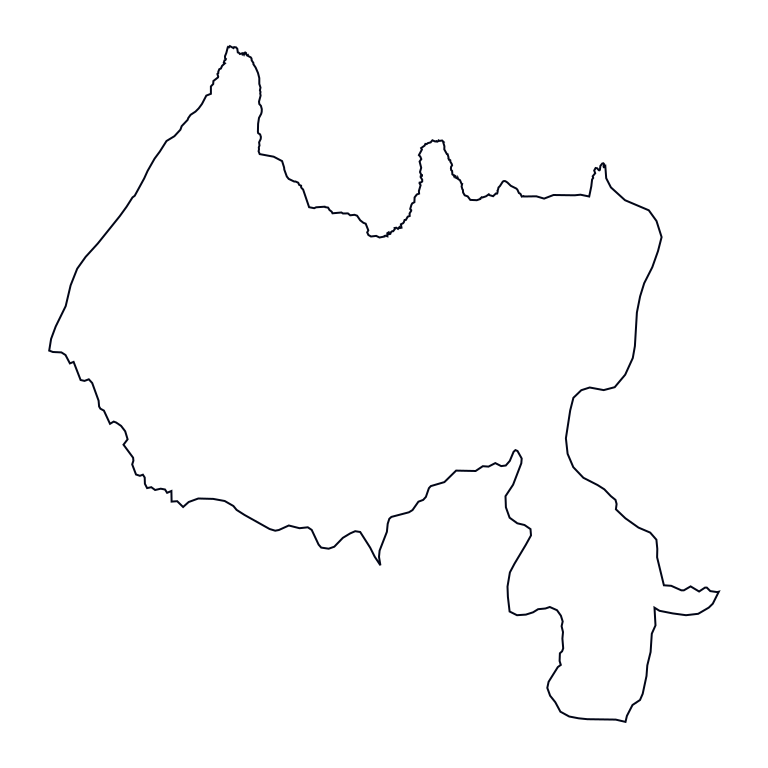 outline of Kasangulu, Bas-Congo, Democratic Republic of the Congo
{"feature_id": "63176286B98008703469616", "entity_name": "Kasangulu", "entity_type": "district", "adm_level": 2, "iso_a3": "COD", "parent_name": "Democratic Republic of the Congo", "parent_adm1": "Bas-Congo", "projection": "equal_earth", "projection_center": [15.357, -4.804], "detail": "fine", "context": "isolated", "style": "outline", "palette": "ink", "viewbox_px": 768, "rotation_deg": 0, "n_neighbors": 0, "source": "geoboundaries", "source_scale": "gbopen_adm2", "svg_char_len": 6051}
<svg xmlns="http://www.w3.org/2000/svg" viewBox="0 0 768 768"><path d="M718.8,591.7L717.2,592.1L710.3,591.1L706.8,587.6L705.0,587.6L699.1,591.5L690.6,586.4L683.9,590.3L681.3,590.3L671.2,585.8L663.9,585.3L657.1,557.3L657.3,548.9L656.4,539.7L650.2,532.6L638.5,527.6L625.4,518.3L615.9,509.3L616.6,504.0L615.5,499.9L610.8,496.1L604.3,489.3L597.5,485.0L583.4,477.8L573.3,467.2L567.6,453.8L565.9,438.3L570.2,410.4L573.4,397.8L581.3,390.2L589.7,387.5L603.7,390.1L614.7,387.2L625.2,374.7L632.8,358.0L634.9,346.1L636.9,312.5L640.1,296.4L644.2,283.2L652.3,267.2L658.0,251.1L661.6,237.1L656.5,221.0L648.8,210.3L625.0,200.2L610.9,187.4L606.2,178.2L605.3,165.9L604.5,166.3L604.3,167.2L603.8,167.2L603.5,166.1L604.2,164.3L603.4,163.3L602.3,163.5L600.4,165.9L599.9,169.8L599.5,170.3L598.8,170.2L597.2,168.3L595.6,168.0L594.2,170.5L595.2,173.2L592.7,176.3L593.2,177.9L592.1,179.5L591.3,186.3L589.2,196.5L580.5,194.7L574.6,195.3L553.5,195.0L544.1,198.6L536.3,196.3L523.9,196.5L523.6,196.1L521.8,196.6L520.4,193.8L518.9,193.0L517.4,189.7L516.4,188.6L510.8,185.8L507.4,182.5L505.4,181.2L504.0,181.0L502.8,181.6L499.9,186.1L498.5,187.5L498.0,189.8L497.5,190.6L497.7,191.3L497.3,193.2L496.9,193.7L495.9,193.5L493.1,196.2L489.4,195.1L488.8,194.3L486.0,196.3L482.4,197.5L481.8,197.2L480.3,198.5L480.3,199.0L476.8,200.2L470.3,199.9L467.7,196.4L464.7,195.3L463.1,192.5L462.9,189.9L462.4,189.3L461.6,186.5L462.1,184.1L461.7,184.1L460.0,180.2L458.2,179.1L457.8,178.1L457.7,178.5L456.2,178.0L455.9,177.0L455.4,176.8L455.5,176.2L454.6,175.6L454.2,176.4L453.7,175.3L452.4,174.4L452.1,170.9L451.2,170.1L450.9,168.5L451.1,166.8L452.1,165.3L451.7,163.9L450.3,161.6L450.3,160.3L449.6,159.7L449.1,159.8L448.4,158.4L448.5,157.3L447.6,154.2L446.9,154.1L444.3,149.4L444.4,146.2L443.2,142.2L443.6,142.0L442.1,140.5L439.6,140.9L438.6,140.4L438.2,141.2L437.1,141.7L436.5,141.1L435.2,141.5L432.4,140.3L430.6,142.4L427.9,143.1L426.6,144.1L425.4,143.9L424.6,145.6L421.1,148.1L421.9,149.6L418.9,155.1L420.3,156.6L421.3,159.1L419.6,161.5L421.2,167.8L420.0,172.0L421.4,175.2L422.0,175.2L422.0,175.8L420.7,176.2L420.6,177.0L422.2,179.7L422.2,181.5L421.2,182.3L419.6,182.6L419.5,183.2L420.6,185.2L418.9,191.0L419.1,193.6L416.8,194.5L414.6,197.4L414.4,202.2L412.2,203.4L411.4,204.9L410.2,209.0L411.2,210.1L411.2,210.8L409.6,213.4L409.7,216.0L407.7,216.7L405.9,219.9L404.6,220.0L403.8,222.3L403.1,223.2L400.9,224.3L401.5,227.7L400.0,228.0L399.4,227.1L398.0,228.9L396.3,227.7L394.6,228.0L394.8,229.1L393.2,231.2L392.2,231.2L390.9,232.3L390.3,233.9L388.3,234.3L388.1,233.9L388.9,232.9L388.7,232.3L387.3,233.2L387.4,236.3L385.7,235.7L384.6,235.9L384.5,236.5L379.5,237.5L376.2,235.9L371.0,236.5L368.4,235.0L367.2,232.4L368.3,230.3L365.7,223.7L363.4,222.8L360.2,220.3L357.1,215.7L354.5,214.8L350.2,215.3L347.9,213.4L343.0,213.5L341.4,212.5L332.5,213.3L331.7,211.7L329.5,210.0L328.1,207.6L325.1,207.1L324.8,206.7L316.1,207.3L314.2,208.2L309.1,207.2L303.1,189.5L301.7,188.2L301.1,187.1L301.1,185.7L299.2,184.9L298.2,182.7L295.5,181.5L294.1,181.5L288.7,178.9L286.8,176.5L284.3,169.6L284.1,167.5L282.1,161.1L273.7,156.7L259.7,154.1L258.6,151.3L259.0,149.2L258.8,147.4L259.5,145.5L259.1,142.3L260.7,139.0L260.9,136.9L260.1,134.4L258.2,133.2L257.9,131.9L258.1,123.8L259.0,117.9L261.2,113.8L261.7,111.8L261.8,109.1L260.9,105.8L259.3,104.0L259.0,101.6L260.6,95.6L260.2,93.3L260.5,92.0L259.9,90.3L260.5,87.6L259.3,83.9L259.3,78.1L258.0,73.0L255.6,67.5L253.4,64.2L253.4,63.0L251.7,60.4L251.5,58.5L250.8,57.4L247.8,55.8L247.8,55.1L247.1,55.4L246.3,54.4L246.1,53.1L245.4,52.5L244.9,52.6L244.0,54.6L243.4,53.5L242.5,54.3L242.2,53.3L239.9,54.0L238.8,52.7L237.8,52.4L237.3,48.8L236.1,47.4L234.1,47.1L233.5,48.1L229.9,46.1L229.0,47.3L228.1,46.8L227.8,47.2L226.3,53.0L225.0,56.2L225.1,58.3L225.9,59.0L225.4,60.0L224.5,60.4L223.8,62.6L224.9,63.3L222.1,65.8L220.9,68.5L219.3,69.2L218.3,71.7L218.3,73.1L217.4,74.0L218.2,76.6L218.0,77.4L213.4,81.0L213.2,84.0L210.9,86.4L210.9,93.8L206.3,95.6L202.0,103.9L198.7,108.4L195.5,111.6L190.6,114.8L188.3,118.0L187.6,119.9L181.7,126.1L180.4,129.7L174.4,136.2L166.5,141.0L159.8,151.6L154.6,158.6L147.6,170.9L144.2,178.4L134.7,195.8L132.5,197.4L126.6,206.7L119.8,216.1L97.8,243.5L85.6,256.9L77.2,268.7L70.6,285.4L65.7,306.1L55.7,326.5L51.1,338.9L49.2,350.6L52.9,352.0L61.4,352.4L65.5,355.0L69.9,363.4L73.6,361.9L80.6,380.0L84.5,380.9L88.8,379.3L92.2,383.0L98.6,400.7L99.1,406.5L100.4,408.7L103.9,410.6L110.0,423.8L113.7,421.6L116.1,422.5L121.1,425.9L125.2,431.3L127.6,439.3L123.5,444.7L133.1,457.7L133.4,460.7L132.2,464.4L136.0,474.5L139.9,475.8L142.9,474.7L144.7,477.5L144.9,483.8L147.1,488.1L151.3,487.2L155.1,490.0L160.7,488.7L165.0,489.5L167.1,492.8L171.4,491.0L171.6,501.6L177.2,501.2L183.1,507.0L188.7,502.0L198.3,498.5L213.2,498.9L224.7,501.0L233.4,506.0L236.6,509.9L244.6,515.0L269.6,529.0L275.2,530.7L278.9,530.0L288.8,525.5L299.5,528.2L307.8,527.3L311.7,529.9L318.6,544.6L321.2,547.6L328.7,548.7L334.3,546.7L342.9,537.8L350.2,533.4L355.2,531.2L360.2,532.0L370.2,547.7L374.7,556.7L380.4,565.3L379.0,556.9L379.6,550.6L386.9,531.8L387.7,523.8L389.3,518.8L391.4,516.9L408.9,512.3L412.5,510.1L418.4,501.7L423.2,499.9L425.9,496.9L428.9,488.2L430.8,486.1L444.4,482.1L456.1,470.6L475.6,471.0L482.8,466.2L488.5,466.6L495.3,463.1L501.2,466.1L505.8,465.5L509.8,460.9L513.6,451.8L515.4,450.1L517.5,451.0L521.7,458.5L521.3,463.3L513.1,484.7L505.5,496.2L505.9,507.3L509.6,517.7L517.3,523.3L524.5,525.0L530.5,529.1L531.0,535.4L525.8,544.8L514.5,563.7L509.9,572.4L507.5,586.6L507.9,596.9L509.6,611.5L517.0,615.2L525.9,614.6L533.1,612.3L538.1,609.2L545.4,608.5L549.8,607.0L557.0,610.2L560.9,615.7L562.7,621.5L561.6,626.2L563.0,632.1L562.4,638.6L563.2,648.3L562.1,651.3L559.9,653.3L559.6,661.0L560.8,664.9L557.8,667.1L548.6,681.8L547.3,687.9L550.1,695.7L555.3,702.2L560.4,711.7L569.2,716.5L578.6,718.3L587.4,719.2L615.7,719.6L625.5,721.9L626.9,715.9L632.5,705.0L640.0,700.0L642.7,693.8L646.5,676.0L647.3,665.4L650.6,652.0L651.8,633.7L655.5,625.4L654.5,607.7L659.5,610.8L672.7,613.4L686.0,615.2L698.2,613.8L708.8,607.6L712.8,603.7L718.8,591.7Z" fill="none" stroke="#020617" stroke-width="2"/></svg>